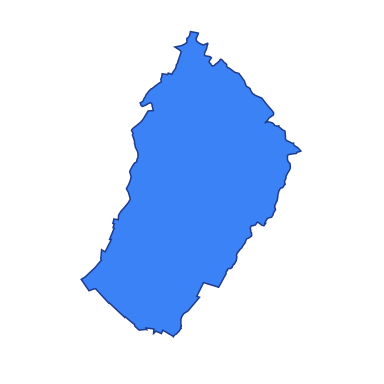 Sanmartin, Harghita, Romania (Albers equal-area conic projection), rotated 294°
{"feature_id": "2599482B50475044485744", "entity_name": "Sanmartin", "entity_type": "district", "adm_level": 2, "iso_a3": "ROU", "parent_name": "Romania", "parent_adm1": "Harghita", "projection": "albers", "projection_center": [25.991, 46.26], "detail": "fine", "context": "isolated", "style": "filled", "palette": "blue", "viewbox_px": 384, "rotation_deg": 294, "n_neighbors": 0, "source": "geoboundaries", "source_scale": "gbopen_adm2", "svg_char_len": 6096}
<svg xmlns="http://www.w3.org/2000/svg" viewBox="0 0 384 384"><g transform="rotate(294 192 192)"><path d="M249.6,271.9L251.9,272.2L253.1,272.1L254.2,272.0L255.8,271.2L257.1,270.4L258.0,269.8L258.5,268.3L259.1,267.3L260.1,266.3L261.7,265.5L263.4,264.7L264.4,264.4L265.6,265.2L266.8,267.0L268.3,269.3L269.4,271.3L269.8,271.7L270.9,271.9L271.3,272.0L272.8,274.1L273.7,274.8L274.8,272.4L275.6,270.3L275.8,268.2L276.1,266.3L276.7,265.6L277.9,265.0L277.2,263.3L277.4,261.9L277.5,259.8L277.5,257.6L277.7,257.0L278.3,255.9L280.9,254.7L283.8,253.1L285.5,252.1L285.6,249.7L286.9,244.8L287.8,244.4L287.0,243.3L286.5,241.8L286.5,240.4L286.8,239.9L287.5,238.7L287.8,237.4L287.8,236.5L287.0,232.6L285.4,230.9L286.2,230.9L286.8,231.3L287.8,231.9L290.4,232.0L295.5,235.0L297.3,234.6L298.7,232.5L299.6,230.6L302.1,225.2L306.2,217.5L306.0,210.3L306.5,208.9L306.5,208.0L306.4,207.2L306.7,207.1L307.7,205.6L308.5,204.5L310.1,202.9L310.5,201.3L310.6,199.0L311.0,198.2L314.8,194.6L319.4,186.6L318.8,182.4L320.3,175.7L320.2,174.0L320.7,172.6L322.3,172.0L323.1,170.7L323.5,168.6L324.9,165.9L325.1,164.3L324.0,163.8L322.5,163.6L321.4,163.1L320.1,162.5L318.9,161.8L317.7,161.2L317.0,161.1L316.6,160.9L316.0,160.3L315.6,159.8L315.6,159.0L315.8,158.3L316.0,157.8L316.8,156.9L317.1,155.9L317.3,155.2L317.8,154.7L318.4,154.6L320.9,154.8L322.4,155.2L322.8,154.5L322.9,153.0L322.5,151.3L321.8,148.7L322.5,147.5L323.7,147.1L325.0,147.0L325.7,146.9L326.3,147.0L328.4,147.1L331.6,146.4L332.7,146.3L333.9,146.2L334.2,145.9L334.2,145.6L333.8,145.2L333.3,145.0L332.7,144.3L331.9,143.4L330.7,142.4L330.9,141.5L330.8,139.7L330.9,138.2L331.2,137.1L331.4,135.9L331.6,135.3L332.3,134.2L333.2,133.6L335.3,133.4L337.8,133.4L339.7,133.2L339.0,129.6L337.9,125.3L335.2,125.9L333.3,126.2L331.4,125.6L330.3,124.8L329.0,125.3L327.6,126.1L327.0,126.5L325.7,126.0L324.4,125.3L322.9,124.1L321.4,122.8L318.9,119.4L317.5,117.4L317.0,120.7L316.6,123.3L315.6,125.1L311.5,125.5L309.4,125.7L306.2,126.0L304.9,126.1L303.8,126.4L302.8,126.2L302.0,125.9L300.1,126.5L298.5,126.6L297.6,126.6L295.8,126.3L295.2,126.2L294.5,126.0L293.1,125.7L291.3,125.8L291.2,123.3L290.9,121.9L289.5,122.1L288.7,119.6L287.9,116.6L287.4,116.7L287.2,116.8L286.8,117.1L286.3,117.2L285.7,117.3L285.1,117.5L284.1,117.6L283.2,117.6L282.2,117.7L280.1,119.2L277.4,117.2L275.1,116.0L274.0,115.3L273.3,115.0L272.1,114.4L271.5,114.2L270.1,113.3L269.5,112.6L268.6,112.3L266.5,111.5L264.2,111.1L263.6,111.0L262.8,110.5L262.1,110.5L261.4,110.5L260.9,110.5L259.8,110.6L259.2,110.5L258.8,110.3L258.0,110.2L257.2,110.2L255.6,110.2L254.8,110.2L252.3,108.4L251.4,109.3L250.7,109.8L250.3,110.7L249.9,111.8L252.3,114.2L253.2,114.9L254.1,115.5L256.5,117.3L256.5,118.7L255.8,119.8L254.7,120.5L254.1,120.8L250.7,123.6L248.2,118.9L238.9,117.8L235.5,116.9L231.1,114.8L228.5,113.4L225.4,111.9L223.7,111.6L222.7,112.8L222.0,114.0L221.4,114.4L219.8,114.4L215.0,118.9L213.1,119.6L211.1,121.4L210.2,121.7L206.6,126.0L204.6,127.3L204.2,127.4L201.4,128.7L200.1,128.4L196.6,129.1L195.2,127.7L191.2,127.0L185.4,126.7L181.1,130.2L177.7,130.9L173.1,131.1L168.3,130.7L166.0,133.8L163.6,135.9L162.5,136.9L160.3,138.6L156.2,138.1L149.6,136.3L146.0,135.1L144.1,134.7L141.1,134.3L136.7,135.9L135.6,131.6L131.1,132.5L131.4,133.8L127.3,134.4L127.4,135.6L115.2,136.0L115.6,137.0L115.9,137.5L114.7,137.5L112.9,137.5L109.3,137.3L102.1,137.0L102.3,133.9L102.5,132.9L97.2,134.7L93.8,135.9L93.3,136.3L93.0,137.0L88.6,135.6L85.5,134.8L82.6,133.8L71.8,129.3L71.3,129.2L67.1,126.3L59.9,138.1L62.8,141.1L63.5,141.9L64.6,143.3L64.2,143.7L56.6,161.2L57.1,161.5L50.1,181.5L50.8,181.6L49.4,186.6L47.8,192.2L47.9,193.0L46.2,194.4L45.7,195.7L44.3,199.8L47.7,205.8L47.8,206.7L49.1,205.4L51.4,212.9L47.1,214.4L48.6,215.1L50.2,215.6L50.2,221.6L53.8,221.6L53.5,225.2L53.0,228.8L52.9,230.1L52.6,232.5L52.7,233.2L52.2,233.8L53.9,234.1L54.3,234.2L54.7,234.5L55.3,235.0L56.0,235.5L56.5,235.7L57.1,235.8L59.7,236.9L60.7,237.0L61.6,237.0L63.0,237.6L63.3,237.2L63.5,236.7L64.0,236.6L64.8,236.9L65.0,236.9L65.7,236.5L66.0,236.2L66.9,235.6L67.8,235.1L71.4,233.6L72.4,233.6L73.0,233.3L74.2,233.5L74.3,233.4L74.7,233.5L75.1,233.5L77.4,233.9L80.9,236.2L81.9,236.8L83.2,237.2L85.4,237.8L98.9,241.7L98.6,238.7L99.2,238.8L114.0,239.4L114.6,245.2L115.0,247.8L115.5,252.0L115.8,255.1L128.1,256.1L130.3,256.3L131.0,256.4L132.0,255.8L132.8,255.8L133.5,255.7L134.0,255.9L134.6,256.3L135.0,256.2L135.4,256.0L136.3,256.1L136.5,256.3L137.1,257.0L137.3,257.4L137.8,257.9L137.7,258.2L138.0,258.5L138.3,258.7L139.2,259.3L139.7,259.3L140.5,259.1L141.3,259.1L141.8,259.4L142.3,259.4L142.7,259.4L142.8,259.7L143.3,260.0L144.9,260.2L145.6,260.2L146.3,260.2L146.7,260.4L147.7,260.3L149.1,259.9L150.2,259.6L150.6,259.5L151.5,259.1L152.1,258.5L152.6,258.4L153.2,258.2L154.1,258.1L154.6,258.3L155.1,258.3L157.0,258.8L157.8,259.0L158.6,259.1L159.2,259.3L161.0,260.1L164.9,260.6L165.8,260.9L166.8,261.1L167.7,261.1L168.7,261.0L169.4,261.0L170.3,260.9L171.3,261.0L171.7,261.2L172.5,262.0L173.2,262.6L173.7,263.0L176.0,264.3L177.0,264.0L177.8,263.6L178.4,263.1L178.9,263.0L179.1,262.8L179.3,262.2L179.6,261.9L180.7,261.3L181.4,260.9L181.8,260.6L182.2,260.1L183.2,260.0L184.6,259.7L185.4,260.2L185.7,260.4L185.8,261.2L187.2,262.7L187.4,263.1L187.9,263.4L189.1,263.6L190.0,263.6L190.7,263.8L191.1,264.3L191.0,264.7L191.0,265.3L190.8,266.3L190.6,267.5L190.1,268.8L190.2,270.6L190.3,271.0L190.7,271.6L192.8,271.9L192.5,271.6L192.5,271.3L193.6,271.1L196.6,271.3L196.9,271.5L197.5,271.5L198.6,271.7L199.9,273.0L200.5,273.9L201.0,274.4L201.5,275.0L202.7,275.1L203.8,275.3L204.9,275.2L205.8,275.0L208.7,275.3L209.6,275.6L210.9,274.7L211.3,273.9L212.1,273.8L212.7,273.5L213.7,273.0L214.9,273.3L216.0,273.1L216.7,273.1L218.1,273.3L219.1,273.2L221.2,272.7L222.8,272.2L224.8,271.5L226.5,271.3L228.2,270.9L228.9,271.1L229.7,271.2L230.7,271.1L231.7,271.5L232.4,272.5L232.8,273.0L233.1,273.2L233.6,273.2L234.3,273.3L235.3,273.4L236.1,273.6L236.7,274.0L237.2,273.9L237.6,273.6L237.9,273.2L238.5,272.5L239.5,272.4L240.9,272.2L242.6,272.3L243.1,272.2L243.5,271.9L244.0,271.8L244.7,271.4L245.0,271.5L246.7,271.6L248.3,271.7L249.6,271.9Z" fill="#3b82f6" stroke="#1e3a8a" stroke-width="1.5"/></g></svg>